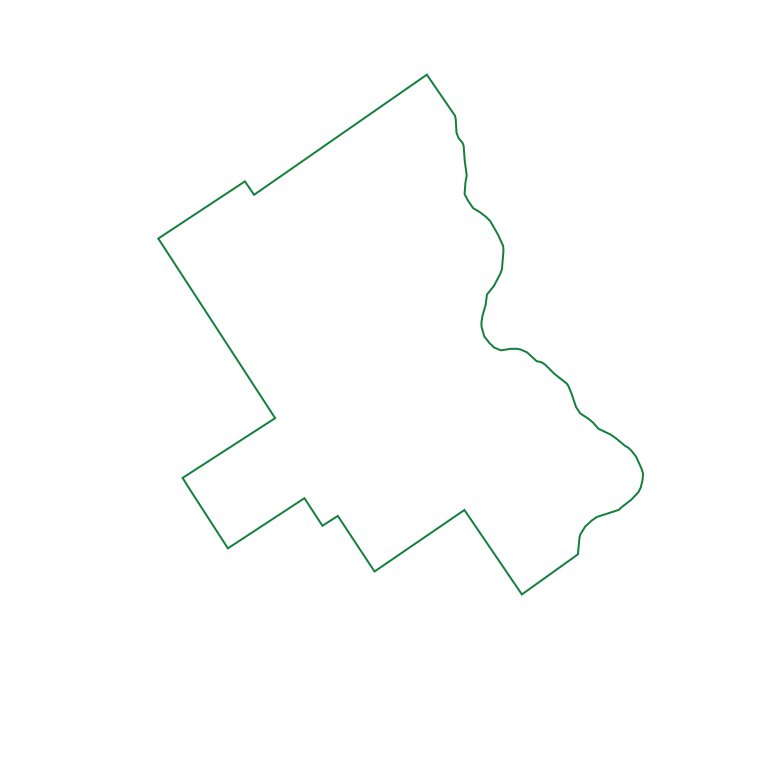 the district of Gallia, Ohio, United States of America, rotated 322°
{"feature_id": "52423323B24958589312778", "entity_name": "Gallia", "entity_type": "district", "adm_level": 2, "iso_a3": "USA", "parent_name": "United States of America", "parent_adm1": "Ohio", "projection": "robinson", "projection_center": [-82.227, 38.809], "detail": "fine", "context": "isolated", "style": "outline", "palette": "green", "viewbox_px": 768, "rotation_deg": 322, "n_neighbors": 0, "source": "geoboundaries", "source_scale": "gbopen_adm2", "svg_char_len": 1162}
<svg xmlns="http://www.w3.org/2000/svg" viewBox="0 0 768 768"><g transform="rotate(322 384 384)"><path d="M166.4,344.0L159.8,417.4L251.0,425.0L248.2,457.8L266.4,459.5L261.1,525.9L369.8,532.8L363.1,634.7L431.9,637.6L443.7,625.2L446.3,623.3L454.9,620.2L463.8,619.5L469.8,619.8L491.7,627.8L494.7,627.4L507.4,627.4L517.8,625.9L522.5,623.7L528.7,618.8L533.1,613.9L535.0,608.6L537.9,596.5L537.9,589.0L537.3,584.8L535.8,580.9L533.5,570.2L531.4,563.3L525.4,551.3L525.0,543.2L523.5,536.6L520.5,528.0L521.2,520.2L525.9,506.9L527.9,499.9L528.3,496.2L526.3,488.2L524.5,480.8L522.9,467.8L521.6,464.1L518.3,459.8L516.2,447.2L513.1,441.3L510.7,438.3L505.5,434.3L496.8,429.4L493.3,423.3L492.3,416.5L492.3,408.3L496.2,398.7L498.8,395.4L503.6,390.9L512.8,384.2L520.2,376.9L531.0,374.4L543.5,368.7L547.5,366.3L560.3,352.4L562.9,348.5L565.8,336.3L568.0,321.0L567.3,315.0L566.3,311.3L565.3,307.5L562.5,300.3L563.1,291.1L564.4,284.0L572.1,275.5L577.6,270.6L584.8,258.2L593.4,245.3L594.4,242.2L594.1,236.5L595.8,230.7L603.6,219.4L605.1,216.4L608.2,166.6L398.1,154.9L399.1,138.7L295.7,130.4L277.2,343.9L167.5,334.0L166.4,344.0Z" fill="none" stroke="#15803d" stroke-width="2"/></g></svg>